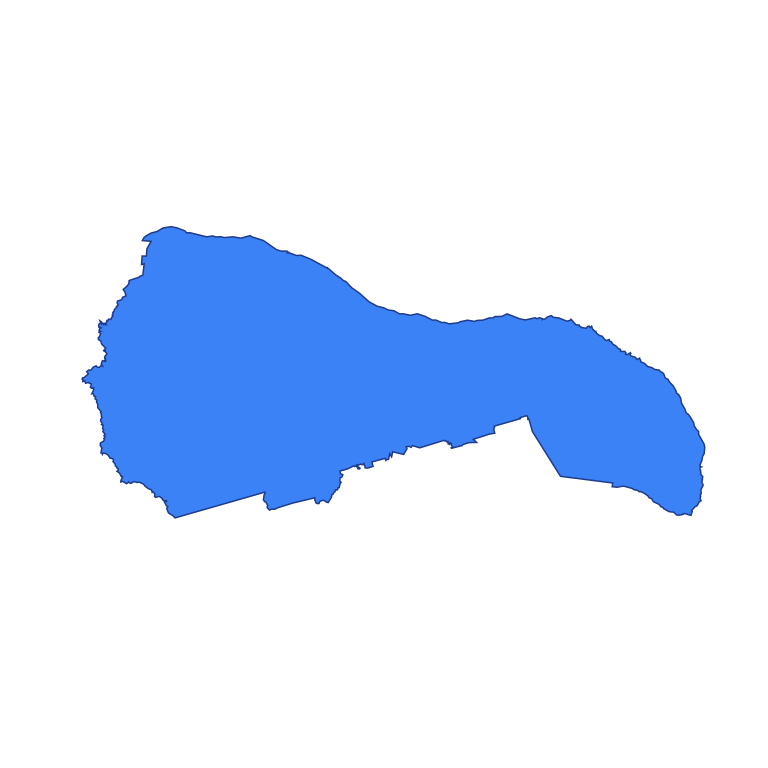 outline of South Taranaki District, Taranaki, New Zealand, rotated 164°
{"feature_id": "76426892B20989652719934", "entity_name": "South Taranaki District", "entity_type": "district", "adm_level": 2, "iso_a3": "NZL", "parent_name": "New Zealand", "parent_adm1": "Taranaki", "projection": "albers", "projection_center": [174.317, -39.522], "detail": "fine", "context": "isolated", "style": "filled", "palette": "blue", "viewbox_px": 768, "rotation_deg": 164, "n_neighbors": 0, "source": "geoboundaries", "source_scale": "gbopen_adm2", "svg_char_len": 6159}
<svg xmlns="http://www.w3.org/2000/svg" viewBox="0 0 768 768"><g transform="rotate(164 384 384)"><path d="M125.2,173.1L122.8,176.6L123.2,177.6L118.6,180.4L116.7,180.6L113.6,183.8L111.4,184.4L111.8,187.0L110.6,188.5L110.5,190.3L109.3,191.2L108.5,195.0L105.1,198.7L105.5,201.9L103.1,207.3L104.3,209.1L103.5,214.0L104.0,215.3L102.8,216.9L101.8,216.9L102.8,217.7L102.5,219.2L99.7,222.6L97.5,226.9L95.5,228.7L93.1,234.8L92.9,238.1L95.4,248.7L94.7,251.8L96.0,253.8L97.4,258.4L97.0,261.5L98.5,267.3L99.7,270.7L101.6,273.0L101.6,276.6L103.3,283.5L102.7,289.4L103.6,291.1L103.5,292.3L105.3,294.6L105.1,296.3L106.5,302.4L109.0,307.2L109.7,310.2L112.1,312.4L112.2,316.0L113.0,318.1L115.0,319.9L115.4,321.4L119.8,323.4L122.1,326.0L125.8,328.2L127.8,331.9L131.1,334.6L130.7,336.3L131.4,337.5L131.2,338.4L134.4,337.9L134.8,340.2L139.1,343.0L139.4,344.0L138.3,345.4L138.5,346.1L142.6,345.2L143.6,346.1L142.8,347.4L143.5,348.9L147.6,350.1L147.1,352.1L149.0,353.5L150.6,356.7L153.2,359.5L153.8,361.9L155.4,363.2L155.3,364.7L158.3,364.5L159.8,366.3L161.1,369.8L163.4,371.1L165.8,374.3L165.8,376.2L166.7,376.3L168.4,379.5L168.5,382.3L170.3,381.4L170.8,383.1L172.7,383.1L174.2,381.9L178.2,383.7L180.2,385.8L180.0,386.8L183.2,388.0L186.4,394.7L187.2,394.0L190.8,393.9L197.6,399.2L202.9,401.5L204.3,403.6L208.6,403.4L211.9,401.9L213.5,402.9L214.0,402.5L213.9,403.3L216.4,404.9L218.9,404.6L220.5,406.0L230.4,406.6L235.4,409.1L246.4,417.5L252.0,416.5L259.0,418.3L261.3,417.4L264.4,418.5L271.3,418.1L276.5,419.4L279.9,419.3L286.1,422.3L293.9,422.9L295.4,422.3L304.8,423.9L309.1,426.7L311.3,427.0L316.6,431.2L319.9,432.1L325.7,437.6L332.6,442.3L339.7,442.8L346.2,446.2L349.7,447.1L354.3,451.7L359.4,453.9L363.5,457.5L369.1,460.6L375.6,467.0L382.7,478.2L388.5,485.4L392.5,493.1L394.6,494.7L396.6,498.0L400.2,502.0L405.5,510.1L406.5,510.7L406.3,511.5L407.3,511.7L420.2,524.3L428.4,530.7L432.7,531.6L438.8,536.1L440.3,536.5L439.5,537.0L440.9,537.8L440.7,538.5L446.5,540.2L450.4,542.8L460.4,555.2L470.5,561.9L471.7,563.5L481.6,563.7L488.5,567.1L497.4,568.8L500.1,570.5L505.2,571.7L507.9,573.6L513.8,574.3L529.0,583.0L532.1,583.7L533.1,586.0L539.9,591.1L545.2,593.9L553.4,594.9L560.2,593.1L566.3,593.3L572.4,591.8L574.6,590.7L576.8,588.5L568.5,585.3L574.6,579.4L577.2,572.4L581.2,573.7L584.2,565.6L581.4,565.7L585.8,555.1L589.1,554.8L589.9,554.2L600.5,553.7L601.5,551.0L603.9,549.0L608.6,546.8L607.6,543.2L607.8,539.8L611.5,539.4L612.0,538.1L613.6,537.3L617.3,537.2L618.2,535.6L617.8,533.2L619.9,532.2L619.9,531.4L622.7,529.9L623.1,528.6L625.0,527.5L625.1,526.0L626.3,525.1L625.8,523.9L627.4,523.1L628.7,521.4L631.0,522.3L631.9,521.1L632.9,521.4L633.1,520.3L635.0,519.0L634.7,518.1L635.7,518.9L635.8,518.2L636.6,519.3L637.1,518.6L638.0,520.3L638.8,519.7L638.5,521.6L639.6,523.0L639.5,520.4L641.1,520.4L642.1,519.3L642.5,517.4L640.6,516.0L642.0,515.7L643.0,514.2L642.0,512.9L643.1,513.2L643.8,512.4L642.5,510.8L644.1,508.3L646.1,507.0L645.8,506.6L646.3,505.3L644.4,503.5L644.4,500.3L641.7,495.2L644.3,493.4L643.9,492.6L642.9,492.8L643.1,492.0L642.1,490.1L642.4,489.1L645.1,487.2L644.8,486.4L645.4,485.7L644.8,484.9L645.8,483.8L645.0,483.5L645.5,482.4L648.2,484.1L650.4,481.0L649.7,478.7L651.2,479.5L653.2,478.4L655.0,479.2L655.7,480.8L658.7,480.4L661.9,478.1L664.2,478.9L666.5,477.7L665.5,476.0L665.9,475.0L670.6,472.8L672.2,472.9L672.8,472.0L672.1,471.3L672.9,469.4L670.8,469.4L670.7,467.0L667.3,466.9L667.1,465.8L665.4,464.9L665.5,463.8L667.1,462.1L666.4,460.6L664.3,460.3L664.9,459.6L664.4,458.8L667.5,455.2L666.5,455.3L665.8,453.0L666.1,452.3L664.8,451.3L665.8,449.4L664.5,447.7L665.3,446.1L664.8,443.6L665.7,440.1L663.5,435.4L664.4,434.7L663.9,433.1L664.6,431.1L664.3,429.4L665.8,428.4L666.6,426.8L665.6,423.0L666.6,422.8L665.4,421.4L666.8,418.8L666.1,417.1L667.4,415.7L665.9,412.6L667.3,411.8L667.4,411.1L666.5,410.1L668.4,408.8L668.0,407.5L669.4,406.3L672.8,405.5L673.7,403.3L672.8,400.2L675.1,395.9L674.2,395.6L674.1,394.0L673.3,394.9L670.7,394.0L668.7,391.5L667.7,388.2L665.1,386.9L665.2,384.8L665.9,384.1L664.5,381.3L664.8,379.4L663.8,378.1L663.9,376.9L662.9,376.0L663.2,374.4L664.8,373.7L662.8,371.3L662.1,367.7L660.9,367.1L663.9,363.1L663.9,362.2L662.1,362.5L658.9,359.1L656.5,360.3L656.0,359.1L654.4,358.2L652.4,359.0L650.3,358.7L648.4,357.3L646.6,357.3L642.7,354.0L642.0,351.9L639.6,348.6L636.8,346.4L636.7,343.7L635.7,343.7L634.4,341.5L635.6,339.3L634.7,337.9L631.1,338.0L628.6,335.0L628.8,334.0L627.3,331.8L625.3,332.0L625.2,331.3L627.5,330.9L626.7,327.0L625.6,325.8L627.2,324.3L626.7,319.5L623.0,315.3L621.8,312.9L528.4,312.9L528.6,311.3L529.6,310.8L531.8,306.1L531.3,303.9L530.2,303.4L529.3,299.4L530.3,297.9L530.2,296.8L528.7,294.3L526.8,294.7L523.1,293.7L521.5,294.3L504.7,294.7L481.8,293.7L482.4,292.2L482.2,288.6L481.2,287.5L479.4,287.0L478.4,288.6L476.2,289.1L473.8,288.7L471.9,286.3L470.3,285.4L465.7,289.6L464.6,292.0L463.5,292.0L461.8,293.8L460.8,293.9L460.0,295.6L458.1,295.0L456.4,297.0L455.6,296.8L453.4,300.8L452.4,301.2L453.1,303.0L452.3,305.6L449.8,306.4L448.6,308.2L450.6,309.8L450.3,312.5L442.7,312.4L435.6,313.7L435.0,312.8L433.2,312.9L432.2,309.4L431.2,309.1L430.4,309.4L430.4,310.1L431.8,311.4L432.2,313.8L430.6,313.1L428.8,313.5L427.4,312.5L425.1,313.0L425.5,311.6L424.8,310.1L425.3,308.6L422.9,307.7L417.2,307.8L417.2,312.4L403.6,312.2L403.2,310.0L402.5,310.8L400.5,310.3L397.7,315.3L396.8,311.9L394.3,316.4L384.5,310.9L379.7,315.5L379.9,317.6L376.9,317.1L375.4,315.6L373.7,317.0L367.2,312.8L341.7,313.3L341.2,312.4L340.4,312.6L339.4,310.9L338.5,311.2L338.5,309.3L339.3,308.4L337.9,308.9L337.6,308.2L337.0,309.3L335.7,308.1L336.2,307.3L335.4,304.6L337.0,304.1L336.8,303.6L325.7,303.3L324.8,304.1L318.4,304.2L311.1,302.3L313.4,306.2L296.6,306.8L291.1,306.2L291.0,310.1L289.7,311.8L289.7,313.1L262.4,313.1L262.4,314.2L255.4,314.2L255.0,312.0L255.5,310.4L254.4,310.3L254.4,297.3L239.8,246.6L191.4,225.8L193.0,222.4L188.4,220.5L182.0,219.9L174.2,215.2L173.0,213.6L169.5,211.8L168.5,210.2L166.3,209.4L163.4,206.6L161.2,203.8L160.5,201.6L158.3,199.8L157.5,196.6L152.7,192.4L151.6,189.6L149.7,188.3L149.6,187.2L145.3,182.8L140.6,180.8L139.0,177.7L137.0,176.6L132.3,176.2L131.3,177.0L125.2,173.1Z" fill="#3b82f6" stroke="#1e3a8a" stroke-width="1.5"/></g></svg>